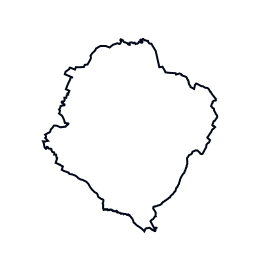 Ilieni, Covasna, Romania, rotated 204°
{"feature_id": "2599482B87460313327434", "entity_name": "Ilieni", "entity_type": "district", "adm_level": 2, "iso_a3": "ROU", "parent_name": "Romania", "parent_adm1": "Covasna", "projection": "robinson", "projection_center": [25.742, 45.805], "detail": "fine", "context": "isolated", "style": "outline", "palette": "ink", "viewbox_px": 256, "rotation_deg": 204, "n_neighbors": 0, "source": "geoboundaries", "source_scale": "gbopen_adm2", "svg_char_len": 5630}
<svg xmlns="http://www.w3.org/2000/svg" viewBox="0 0 256 256"><g transform="rotate(204 128 128)"><path d="M145.1,215.7L145.5,215.7L146.1,215.3L146.5,215.2L147.8,215.3L148.4,214.9L148.8,214.8L149.8,215.4L150.2,215.6L150.7,215.3L151.1,214.5L151.4,214.2L152.4,213.8L152.5,213.5L152.2,213.2L151.2,213.5L150.2,213.0L149.9,212.6L149.7,212.2L149.8,211.7L150.3,211.4L151.2,211.4L152.0,211.7L152.9,211.5L153.1,211.2L153.0,210.1L153.2,209.6L153.8,208.9L154.6,208.5L155.1,207.8L155.5,207.9L156.1,208.5L156.6,208.7L157.3,207.8L157.7,207.6L158.6,207.8L159.4,207.8L160.1,207.2L161.2,206.7L161.3,206.3L161.1,205.8L161.0,205.5L160.3,204.9L160.2,204.8L160.6,204.5L161.4,204.4L162.1,204.5L162.6,205.1L163.2,205.2L166.8,204.9L167.3,205.1L168.4,206.0L168.9,206.2L170.7,206.1L170.8,205.7L170.7,205.1L169.7,204.4L169.5,204.1L169.4,202.7L169.6,201.6L170.0,201.3L172.1,201.1L172.8,200.6L173.4,199.8L175.5,198.1L177.5,194.1L181.8,193.8L186.4,191.8L186.7,191.5L189.6,187.5L189.5,186.9L189.6,186.4L189.5,185.5L191.2,181.4L191.5,179.3L191.6,179.1L191.6,178.7L190.5,177.3L190.2,175.5L190.8,169.5L193.2,168.1L193.1,165.8L197.2,163.7L200.4,162.3L200.2,159.8L205.6,159.6L205.8,159.0L205.7,157.8L207.9,154.1L207.6,151.4L199.7,151.6L199.7,151.4L200.9,151.3L200.6,148.4L200.7,145.4L200.7,142.2L200.5,138.2L196.7,138.1L196.5,136.0L197.4,135.0L196.3,134.0L197.3,133.0L196.7,130.5L198.4,129.8L197.3,127.9L197.2,126.9L197.7,125.8L198.7,125.6L199.1,125.3L199.1,124.5L198.7,124.2L195.6,123.7L195.3,123.1L195.4,122.8L196.2,122.3L196.6,122.3L197.3,121.8L197.4,121.5L198.5,120.6L198.1,118.7L198.5,116.8L197.3,116.3L196.9,115.0L196.7,113.4L196.8,113.2L195.4,112.8L193.7,112.6L191.9,111.4L189.3,109.0L188.7,108.1L188.3,107.8L187.8,107.0L187.1,107.3L185.7,107.4L184.6,107.9L184.2,107.8L184.1,107.3L184.2,106.9L184.8,106.5L184.8,105.8L185.3,105.5L185.5,104.0L185.8,103.6L187.4,102.8L189.6,101.3L191.5,101.1L192.7,101.2L194.5,101.0L196.7,100.0L197.1,97.6L197.9,95.4L197.9,94.9L197.6,93.3L197.7,92.6L198.1,91.9L198.9,91.0L201.0,88.2L200.5,88.0L199.6,87.1L199.2,86.3L199.2,86.1L199.6,85.2L195.9,83.7L197.4,82.7L198.2,81.9L200.2,81.3L198.8,79.9L196.5,76.6L194.9,75.6L194.5,75.6L194.2,76.2L194.5,77.4L194.4,77.8L193.6,77.9L192.1,77.0L191.7,77.0L189.9,77.7L189.2,77.4L188.8,76.4L187.2,75.3L185.6,75.7L184.8,74.6L184.6,73.7L182.9,74.4L181.0,71.6L180.4,71.6L179.9,66.7L175.4,66.8L175.4,66.6L171.9,66.4L171.5,62.9L169.1,62.7L164.0,63.1L163.8,62.9L163.7,62.6L163.5,62.4L162.0,62.3L160.4,62.9L157.4,63.1L155.7,62.9L154.1,62.5L153.2,62.0L152.6,61.8L152.0,61.9L150.7,61.7L148.5,62.1L144.4,62.0L141.4,60.8L140.1,59.8L138.2,58.4L135.9,57.1L132.2,55.8L130.4,55.7L129.3,55.3L128.4,54.5L128.1,53.9L127.0,52.9L123.5,52.3L122.3,52.5L121.5,52.4L121.4,52.1L121.0,51.8L120.8,51.4L120.4,49.7L120.6,49.0L119.7,48.0L119.3,47.7L119.0,46.4L118.5,45.7L118.4,44.9L116.9,43.3L115.7,44.1L115.9,44.5L115.5,44.7L115.0,44.4L114.5,44.6L114.5,44.9L114.0,44.8L114.1,45.1L113.8,45.2L113.7,45.4L112.5,45.1L112.4,45.2L112.5,45.3L111.9,45.7L111.7,45.4L111.3,45.6L110.9,46.4L110.2,46.6L109.7,46.3L109.4,46.6L109.1,46.4L108.4,46.3L108.0,46.0L107.8,46.0L107.7,46.5L105.9,46.5L105.6,46.7L105.0,47.7L104.6,47.7L104.0,47.5L104.0,47.3L104.4,46.9L103.4,46.4L102.8,47.0L102.1,46.9L100.8,47.2L100.3,47.1L99.9,46.7L99.6,46.7L99.3,46.9L99.2,47.3L97.4,47.7L97.2,47.7L96.9,47.5L96.6,48.0L94.9,48.5L93.7,48.2L93.2,48.3L93.0,48.9L92.7,49.2L92.4,49.2L91.8,48.7L91.5,48.8L91.6,49.0L91.3,49.0L91.2,48.5L90.9,48.4L90.1,48.4L89.1,47.9L88.9,47.6L87.7,47.2L87.2,46.9L85.9,45.8L84.3,43.9L82.8,43.7L82.4,43.3L81.3,43.0L80.7,42.7L77.3,42.2L74.9,41.7L71.4,40.5L71.1,40.3L71.0,43.2L70.5,43.8L67.7,45.6L65.3,45.2L65.2,44.9L61.6,44.7L61.2,45.0L61.2,45.4L61.7,45.7L62.1,45.7L62.6,45.3L62.8,45.4L62.6,45.7L62.6,46.2L61.4,47.6L61.3,48.3L61.8,48.4L63.5,47.3L69.6,52.0L68.9,53.9L67.9,55.1L67.6,57.5L67.3,58.0L66.7,58.6L67.3,59.2L68.2,61.9L68.6,62.3L68.8,62.4L69.6,63.0L71.6,64.2L72.4,65.0L72.4,65.5L72.7,66.1L72.1,66.9L71.5,67.1L71.5,67.4L71.3,67.6L70.5,68.0L69.9,68.5L69.2,69.4L68.7,69.6L67.1,71.1L67.0,71.5L66.5,72.1L66.4,72.8L66.5,73.1L65.9,74.2L65.9,74.7L64.7,76.1L64.7,76.6L63.8,77.6L63.6,78.3L63.1,78.9L62.6,79.7L62.4,80.6L61.3,81.8L61.5,82.7L61.4,83.1L60.9,84.5L60.1,85.9L59.6,88.7L59.1,89.2L59.1,90.0L59.5,92.8L59.5,93.2L58.9,94.2L59.0,95.7L58.7,97.7L59.1,99.6L59.2,101.2L59.5,102.2L59.5,104.8L59.1,108.0L58.5,109.6L58.5,113.2L58.8,115.4L58.6,116.5L59.1,117.1L59.2,119.3L60.4,121.8L61.7,124.2L61.8,124.6L61.4,125.9L61.3,127.9L59.4,130.0L59.3,131.4L59.5,131.9L59.1,133.0L58.2,133.7L57.9,134.2L57.3,135.0L56.8,135.1L55.8,135.6L55.2,135.7L53.8,135.1L52.6,134.8L51.3,133.9L49.7,134.3L49.4,134.8L48.8,142.3L49.5,144.6L49.3,145.6L49.0,146.5L48.2,147.5L48.1,148.1L48.2,150.4L50.6,151.1L51.0,151.0L51.7,151.6L51.1,154.1L50.9,156.1L50.6,157.0L50.4,158.9L50.4,160.4L50.3,161.2L49.6,162.0L49.2,163.4L48.8,164.3L50.0,164.7L51.2,164.5L52.2,164.9L52.5,169.0L52.0,169.5L51.6,170.0L51.5,171.1L51.0,173.6L51.0,174.5L51.4,175.2L51.8,175.8L53.8,176.7L54.2,177.3L56.6,179.1L56.9,179.8L57.5,180.7L58.9,180.7L60.3,181.6L60.9,181.7L61.0,182.1L61.2,184.0L60.9,185.7L61.4,186.4L60.7,187.8L59.0,188.9L59.6,190.3L64.5,192.8L67.5,194.8L67.7,194.6L70.2,196.5L71.0,196.7L72.1,196.8L73.5,196.3L74.6,196.2L76.5,196.6L78.0,196.1L79.2,196.1L80.7,196.3L83.8,196.4L84.3,194.6L83.5,190.6L87.6,190.9L88.4,192.0L89.4,192.3L91.0,193.9L91.2,194.4L91.2,194.8L92.7,196.2L92.9,196.1L94.8,197.8L95.4,198.2L96.6,198.3L100.5,198.0L100.7,198.7L102.1,198.9L103.0,198.8L105.8,196.4L106.8,197.4L113.6,194.9L116.4,194.1L118.1,195.6L121.4,198.0L124.1,196.3L134.0,209.6L141.0,214.5L142.3,214.0L143.1,214.0L143.8,214.3L144.4,214.7L145.1,215.7Z" fill="none" stroke="#020617" stroke-width="2"/></g></svg>